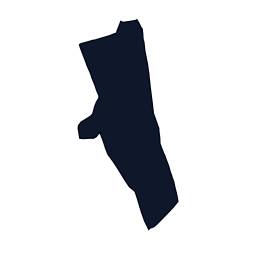 Al-Midaina, Al-Basrah, Iraq, rotated 159°
{"feature_id": "34846034B84303625922159", "entity_name": "Al-Midaina", "entity_type": "district", "adm_level": 2, "iso_a3": "IRQ", "parent_name": "Iraq", "parent_adm1": "Al-Basrah", "projection": "mercator", "projection_center": [47.228, 30.976], "detail": "fine", "context": "isolated", "style": "filled", "palette": "ink", "viewbox_px": 256, "rotation_deg": 159, "n_neighbors": 0, "source": "geoboundaries", "source_scale": "gbopen_adm2", "svg_char_len": 1654}
<svg xmlns="http://www.w3.org/2000/svg" viewBox="0 0 256 256"><g transform="rotate(159 128 128)"><path d="M81.0,225.8L82.2,225.5L85.0,226.1L87.7,226.6L90.9,227.4L94.2,228.1L94.8,228.2L95.9,229.4L96.4,230.0L98.3,228.0L100.2,225.9L102.7,223.2L104.7,220.7L112.6,220.7L127.8,221.9L130.2,222.5L132.1,222.5L137.1,223.0L141.9,223.5L143.4,223.0L143.6,219.9L143.6,214.2L143.6,207.3L143.7,201.6L143.7,199.9L143.3,192.9L143.6,186.8L143.4,180.0L143.7,174.4L143.4,168.5L144.5,166.2L148.0,163.5L151.0,160.3L155.6,154.0L157.9,152.6L161.7,151.7L166.0,150.9L169.4,150.3L173.2,148.0L174.5,145.5L175.2,142.2L175.5,140.8L176.6,135.8L173.6,134.3L170.8,133.4L169.8,133.1L166.7,132.1L163.6,130.9L160.5,131.5L158.4,132.9L155.7,134.0L155.7,133.7L155.7,128.3L155.7,123.6L156.1,117.3L156.1,111.1L155.6,108.8L153.8,102.3L152.2,95.2L150.6,86.8L149.5,80.7L147.7,72.8L144.2,66.6L144.1,64.7L144.4,59.0L144.9,52.7L145.5,43.7L145.7,35.2L144.9,26.5L144.9,26.0L143.1,26.8L139.2,26.6L134.6,28.4L119.0,35.6L117.8,36.2L114.4,37.8L109.6,40.6L107.8,41.7L107.0,45.6L106.3,49.8L105.6,55.7L104.7,61.3L104.6,66.0L104.4,68.5L104.4,71.8L103.8,78.0L103.8,79.3L103.8,80.3L103.8,81.3L103.8,83.9L103.7,89.3L103.9,90.8L103.9,92.3L103.9,94.4L103.9,97.3L103.9,99.8L103.8,102.3L102.3,106.5L101.3,110.3L100.6,113.3L100.1,115.0L99.5,116.7L99.5,117.6L99.5,119.7L99.4,122.3L99.2,129.8L99.2,131.6L99.0,133.5L98.4,135.0L98.1,137.0L97.0,140.8L95.2,148.2L92.3,159.9L91.2,163.9L90.4,167.0L89.2,171.4L87.0,181.0L86.5,183.7L86.4,184.6L85.7,188.3L84.8,193.7L82.4,202.8L82.3,204.9L81.8,207.0L80.5,211.0L79.8,213.9L79.4,215.1L80.0,218.2L80.4,222.4L81.0,225.8Z" fill="#0f172a" stroke="#020617" stroke-width="1.5"/></g></svg>